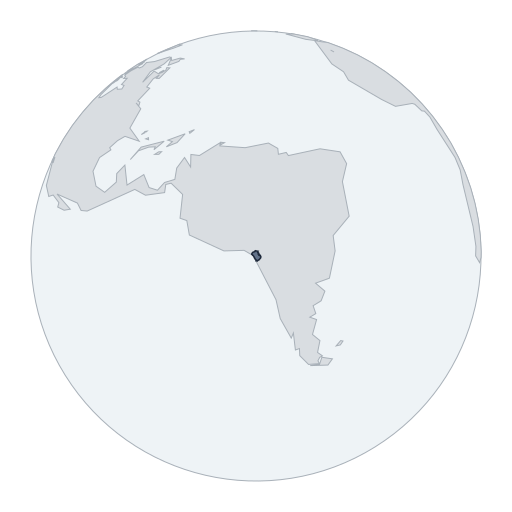 Tarapacá highlighted on a globe, orthographic projection, rotated 328°
{"feature_id": "CHL-2693", "entity_name": "Tarapacá", "entity_type": "Region", "adm_level": 1, "iso_a3": "CHL", "parent_name": "Chile", "parent_adm1": "", "projection": "orthographic", "projection_center": [-69.568, -20.2], "detail": "fine", "context": "on_globe", "style": "filled", "palette": "slate", "viewbox_px": 512, "rotation_deg": 328, "n_neighbors": 0, "source": "natural_earth", "source_scale": "10m", "svg_char_len": 5499}
<svg xmlns="http://www.w3.org/2000/svg" viewBox="0 0 512 512"><g transform="rotate(328 256 256)"><circle cx="256" cy="256" r="225" fill="#eef3f6" stroke="#a8b0b8"/><path d="M217.1,34.1L218.4,33.9L226.4,32.7L226.5,32.7L229.2,32.3L229.3,32.4L232.9,31.9L237.2,31.5L239.4,31.3L238.1,31.6L231.0,32.3L210.3,36.9L206.7,38.5L208.7,39.5L227.7,39.1L226.7,41.1L230.7,43.3L234.5,41.4L232.8,39.3L240.9,37.0L237.8,35.3L240.7,34.5L240.5,33.0L248.2,32.7L256.0,33.3L256.6,34.7L260.0,35.3L265.7,33.9L272.9,37.3L288.2,41.4L289.2,42.7L279.9,44.4L264.0,43.8L251.9,48.6L267.6,45.2L269.8,49.7L273.5,50.6L278.0,50.6L280.2,49.0L282.6,50.8L268.0,54.1L265.6,52.5L270.2,51.2L262.7,51.3L252.9,54.8L254.8,57.4L237.9,61.8L239.1,64.0L236.1,66.6L235.4,62.6L236.3,70.1L216.8,80.7L217.8,96.8L208.3,85.1L199.7,84.8L189.3,86.6L189.2,89.1L175.5,89.6L162.7,97.7L157.3,112.0L161.4,121.8L176.7,119.3L181.6,112.3L193.0,109.4L184.2,127.5L204.0,127.5L201.6,141.3L207.3,148.0L217.4,145.2L227.8,148.0L235.4,139.4L247.6,134.6L247.7,145.9L254.6,135.4L261.3,140.8L285.6,140.9L283.7,143.5L304.2,158.4L326.4,166.8L331.5,176.3L328.9,181.6L336.5,184.2L336.7,188.0L367.1,199.0L382.5,212.2L381.8,225.7L368.7,238.7L356.1,271.6L332.3,279.5L325.8,293.6L306.5,313.7L292.1,310.6L295.8,322.3L287.5,328.5L278.1,328.4L276.2,336.5L269.2,336.4L273.7,342.0L262.3,352.5L265.4,361.6L257.1,370.4L259.4,375.9L256.3,375.7L253.0,377.7L252.7,380.8L243.1,375.8L240.3,363.7L243.8,357.5L239.6,356.6L246.9,341.1L242.4,344.3L243.4,321.9L249.8,303.7L253.8,254.3L248.9,244.9L231.5,234.7L210.6,202.9L216.1,189.3L211.6,183.7L226.4,164.9L222.6,149.3L217.4,147.5L212.1,153.8L194.5,145.9L188.5,135.3L136.6,128.4L131.8,124.7L132.6,116.5L120.1,98.0L123.3,117.9L117.5,115.5L113.8,109.4L117.1,106.3L116.3,96.8L111.8,95.7L115.6,85.1L132.8,68.8L133.5,69.3L137.5,65.9L136.9,65.4L135.5,66.0L140.1,62.8L154.6,54.8L169.6,47.9L185.1,42.2L201.0,37.5L217.1,34.1ZM216.3,102.8L239.0,110.0L225.8,111.8L228.4,110.0L222.7,106.8L212.0,104.5L200.5,107.6L216.3,102.8ZM227.1,92.6L223.1,92.2L227.0,91.9L227.1,92.6ZM134.1,66.7L136.4,65.7L135.3,67.3L132.9,68.3L134.1,66.7ZM134.6,66.2L134.5,66.3L134.6,66.2ZM236.2,33.4L238.3,33.2L237.2,33.6L236.2,33.4ZM234.1,33.2L231.4,33.7L230.0,33.7L231.7,33.4L234.1,33.2ZM237.8,32.6L227.9,33.6L225.6,33.7L230.0,32.6L237.8,32.6ZM259.2,386.6L243.9,377.7L252.4,381.6L258.2,376.8L266.3,383.7L259.2,386.6ZM276.3,374.7L283.0,372.6L284.7,374.2L280.4,376.1L276.3,374.7ZM416.1,97.5L422.8,105.8L420.2,104.5L413.1,98.7L398.9,83.5L406.4,88.3L403.6,85.8L416.1,97.5ZM393.5,77.5L390.8,75.5L391.1,75.7L393.5,77.5ZM449.4,371.5L446.1,376.5L442.1,380.1L442.3,372.3L447.6,364.4L455.7,346.0L469.3,305.3L474.8,291.1L477.0,277.8L476.6,244.4L477.1,230.3L475.6,222.4L473.5,220.8L471.1,211.5L469.3,209.4L453.6,203.0L445.4,189.7L427.6,155.9L427.9,146.2L422.1,133.3L419.8,104.4L426.0,109.8L430.0,112.9L439.9,125.9L448.8,139.4L456.7,153.6L463.5,168.4L469.3,183.6L474.0,199.1L477.5,215.0L479.9,231.1L481.1,247.3L481.2,263.5L480.0,279.7L477.7,295.8L474.3,311.7L469.7,327.3L464.0,342.5L457.2,357.3L449.4,371.5ZM428.4,120.9L430.3,124.3L428.4,120.9ZM286.4,140.8L289.3,143.2L285.4,143.0L286.4,140.8ZM223.9,116.1L228.7,116.1L231.2,117.5L227.5,118.3L223.9,116.1ZM265.2,115.2L270.8,116.2L264.9,116.9L265.2,115.2ZM242.6,111.0L260.7,114.8L249.1,118.0L237.8,115.9L245.7,114.7L242.6,111.0ZM224.5,98.2L227.5,98.7L226.5,100.5L224.5,98.2ZM229.9,92.4L228.7,92.6L227.3,91.3L229.9,92.4ZM270.7,49.5L271.9,49.3L276.4,49.6L274.3,50.3L270.7,49.5ZM296.6,48.0L299.9,51.0L296.0,49.1L293.7,50.1L282.6,47.8L289.1,43.3L288.1,45.5L296.6,48.0ZM269.6,44.3L275.9,45.7L268.8,44.4L269.6,44.3ZM376.5,65.7L376.1,65.5L371.2,62.4L376.5,65.7ZM247.5,31.1L244.7,31.2L246.8,31.0L247.5,31.1ZM257.5,30.7L259.6,30.8L257.1,30.8L267.9,31.3L265.4,31.7L258.5,31.2L264.6,32.3L257.4,32.0L262.3,32.9L247.2,31.8L240.9,32.1L248.8,31.5L251.3,31.0L250.5,30.9L245.4,31.0L257.5,30.7ZM304.3,36.0L302.4,35.6L302.5,36.3L305.6,37.9L295.9,36.0L286.8,33.7L279.5,32.1L280.3,32.0L304.3,36.0Z" fill="#d9dde1" stroke="#a8b0b8" stroke-width="1"/><path d="M258.1,251.1L258.3,251.2L258.3,251.3L258.4,251.5L258.5,251.6L258.8,251.7L259.1,252.0L259.4,252.4L259.5,252.4L259.6,252.5L260.0,252.8L260.2,253.0L259.9,253.1L259.8,253.3L259.7,253.5L259.5,253.8L259.4,253.9L259.2,254.0L259.4,254.4L259.5,254.5L259.8,254.7L259.8,254.8L259.8,255.0L259.7,255.2L259.7,255.4L259.4,255.4L258.9,255.6L259.0,255.8L259.1,256.0L259.1,256.3L259.3,256.5L259.1,256.6L258.9,256.8L259.0,256.9L259.0,257.0L259.2,257.3L259.6,257.4L259.8,257.6L260.0,257.7L260.0,257.8L259.7,258.0L259.7,258.7L259.7,258.8L259.8,258.9L259.7,259.3L259.4,259.6L259.2,259.6L259.0,260.0L258.9,260.1L257.6,260.5L256.8,260.8L256.4,260.9L256.2,260.9L255.9,260.8L255.9,260.7L255.4,260.7L255.2,260.7L254.8,260.8L254.7,260.9L254.2,260.9L254.1,260.7L254.1,260.4L254.1,260.2L254.1,259.9L254.0,259.7L253.9,259.7L254.0,259.6L253.9,259.5L253.9,259.4L253.8,259.2L253.9,258.9L253.9,258.7L253.7,258.5L253.7,258.4L253.7,258.2L253.7,257.9L253.7,257.3L253.7,257.2L253.8,257.2L253.8,256.9L253.7,256.7L253.8,256.6L253.9,256.4L253.8,256.1L253.9,255.9L253.9,255.7L253.9,255.4L253.9,255.2L253.9,254.9L253.9,254.7L253.8,254.4L253.8,254.2L253.8,253.9L253.7,253.8L253.6,253.7L253.7,253.4L253.6,253.2L253.6,252.9L253.4,252.6L253.3,252.4L253.3,252.2L253.6,251.9L253.8,251.8L254.0,251.7L254.3,251.5L254.5,251.4L254.8,251.4L255.2,251.2L255.5,251.2L255.8,251.3L256.0,251.4L256.4,251.4L256.6,251.5L256.8,251.5L257.0,251.6L257.4,251.7L257.6,251.6L257.8,251.5L257.9,251.4L258.0,251.2L258.1,251.1Z" fill="#64748b" stroke="#1e293b" stroke-width="1.5"/></g></svg>